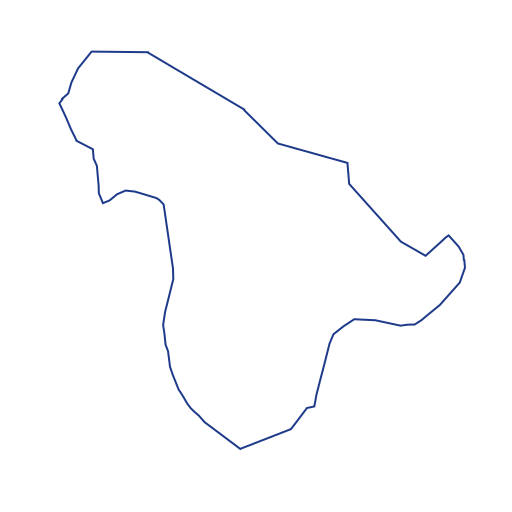 Sunny Acres, Castries, Saint Lucia, rotated 185°
{"feature_id": "8701671B95823931599644", "entity_name": "Sunny Acres", "entity_type": "district", "adm_level": 2, "iso_a3": "LCA", "parent_name": "Saint Lucia", "parent_adm1": "Castries", "projection": "mercator", "projection_center": [-60.973, 14.029], "detail": "fine", "context": "isolated", "style": "outline", "palette": "blue", "viewbox_px": 512, "rotation_deg": 185, "n_neighbors": 0, "source": "geoboundaries", "source_scale": "gbopen_adm2", "svg_char_len": 1549}
<svg xmlns="http://www.w3.org/2000/svg" viewBox="0 0 512 512"><g transform="rotate(185 256 256)"><path d="M254.8,62.4L254.1,62.9L206.1,86.6L202.2,92.7L192.0,109.0L188.4,110.1L184.8,111.2L184.4,115.3L183.7,123.1L181.4,137.0L178.2,155.9L175.1,175.2L173.8,179.3L172.0,184.8L162.7,193.6L158.6,196.8L152.6,201.6L146.3,201.8L131.6,202.4L105.9,199.2L103.0,199.9L98.9,200.8L91.9,201.6L90.0,203.1L85.7,206.4L80.1,212.0L68.6,223.2L50.7,247.3L46.8,262.5L48.1,270.0L48.6,270.2L48.9,272.0L49.5,275.3L54.9,283.0L59.7,287.5L65.9,293.3L68.4,291.2L70.6,288.8L71.0,288.3L77.3,281.5L87.1,271.0L112.9,282.9L169.5,336.0L173.0,356.7L191.8,360.2L244.0,370.0L249.7,374.7L280.5,400.3L280.5,400.9L355.3,436.7L381.1,449.1L381.3,449.6L437.6,445.3L449.6,427.4L455.0,412.8L457.2,401.6L462.9,395.7L462.5,395.3L465.2,390.9L463.1,387.4L457.2,377.2L451.4,366.2L445.3,356.2L445.1,355.7L445.0,355.2L427.8,348.1L426.2,338.8L422.4,332.0L418.8,311.8L418.3,307.1L418.0,304.7L416.5,301.9L413.1,295.3L406.7,298.6L399.8,305.4L391.7,309.8L391.1,309.8L382.4,309.6L376.2,308.4L372.9,307.7L369.1,306.9L360.1,305.0L357.2,303.4L356.5,302.8L352.5,299.3L337.7,236.7L337.3,233.8L336.4,226.0L336.5,225.0L337.4,219.4L338.9,209.7L341.6,192.9L341.8,190.8L342.5,179.0L341.1,173.4L340.7,171.6L340.2,169.4L338.4,159.9L335.3,153.4L332.1,138.6L332.0,138.1L328.3,129.8L321.3,116.0L319.3,113.6L317.9,111.7L315.6,108.7L313.0,104.9L310.7,101.9L309.8,101.0L307.6,98.5L302.8,94.7L299.7,92.5L299.0,92.0L297.8,90.8L296.9,90.0L292.9,86.1L264.9,68.7L254.8,62.4Z" fill="none" stroke="#1e3a8a" stroke-width="2"/></g></svg>